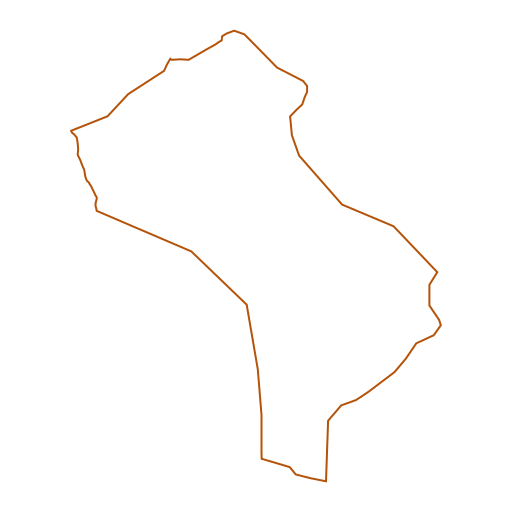 Goodlands, Castries, Saint Lucia (Albers equal-area conic projection)
{"feature_id": "8701671B71229429215357", "entity_name": "Goodlands", "entity_type": "district", "adm_level": 2, "iso_a3": "LCA", "parent_name": "Saint Lucia", "parent_adm1": "Castries", "projection": "albers", "projection_center": [-61.0, 13.991], "detail": "fine", "context": "isolated", "style": "outline", "palette": "amber", "viewbox_px": 512, "rotation_deg": 0, "n_neighbors": 0, "source": "geoboundaries", "source_scale": "gbopen_adm2", "svg_char_len": 1260}
<svg xmlns="http://www.w3.org/2000/svg" viewBox="0 0 512 512"><path d="M326.0,481.3L328.1,420.7L341.2,405.4L356.1,400.0L368.3,391.9L394.5,372.1L405.9,358.6L416.3,343.3L433.8,335.2L440.8,325.3L439.1,319.9L429.4,305.5L429.4,284.8L436.8,272.9L437.3,272.2L393.6,226.3L342.1,204.6L299.1,155.6L291.9,135.3L290.1,116.4L296.8,109.5L302.2,104.5L304.9,96.6L307.1,92.0L307.1,86.0L303.1,81.0L277.1,67.6L244.5,34.4L234.2,30.7L226.6,33.5L222.1,36.3L221.7,40.4L218.6,42.2L215.4,44.5L206.9,49.2L188.6,59.8L180.5,59.3L171.6,59.8L170.3,58.8L167.0,64.4L164.1,70.8L128.2,94.1L107.5,116.3L71.2,130.7L71.6,132.2L72.8,133.3L74.2,134.4L75.8,136.4L76.7,137.4L77.2,139.9L77.4,141.7L77.7,143.5L77.9,145.5L78.1,148.4L78.1,150.4L77.9,152.3L77.7,154.2L77.9,155.3L78.8,157.1L79.9,159.3L80.8,161.4L81.8,164.3L83.2,167.6L84.1,169.5L84.5,171.5L84.9,173.9L85.2,176.0L85.9,178.4L86.6,180.0L87.2,181.1L88.0,181.7L88.7,182.3L89.6,184.0L91.0,186.0L91.8,187.7L92.9,189.9L94.1,192.3L95.0,194.3L95.3,195.0L96.1,196.3L96.7,197.4L96.8,198.3L96.5,199.6L95.9,201.9L95.6,203.3L95.5,204.4L95.6,206.3L96.0,207.6L96.5,209.5L96.7,210.9L191.3,251.4L246.7,304.7L257.8,369.4L261.5,415.0L261.5,453.1L261.7,458.8L289.7,467.1L295.8,474.5L310.5,478.2L326.0,481.3Z" fill="none" stroke="#b45309" stroke-width="2"/></svg>